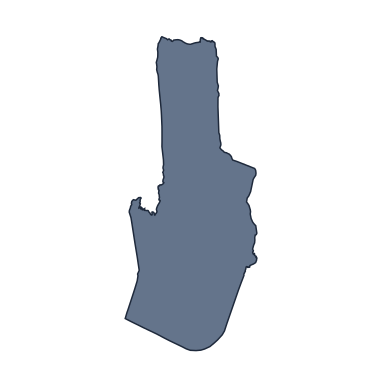 the district of Kota Padangsidimpuan, Sumatera Utara, Indonesia, rotated 201°
{"feature_id": "22746128B81378642761445", "entity_name": "Kota Padangsidimpuan", "entity_type": "district", "adm_level": 2, "iso_a3": "IDN", "parent_name": "Indonesia", "parent_adm1": "Sumatera Utara", "projection": "equal_earth", "projection_center": [99.293, 1.387], "detail": "fine", "context": "isolated", "style": "filled", "palette": "slate", "viewbox_px": 384, "rotation_deg": 201, "n_neighbors": 0, "source": "geoboundaries", "source_scale": "gbopen_adm2", "svg_char_len": 5928}
<svg xmlns="http://www.w3.org/2000/svg" viewBox="0 0 384 384"><g transform="rotate(201 192 192)"><path d="M145.6,44.0L141.2,43.5L136.9,43.6L131.4,45.4L127.1,47.5L123.9,50.0L119.9,54.1L117.1,59.1L115.1,63.1L112.6,69.5L111.9,73.9L112.3,81.6L113.5,117.2L113.6,124.6L113.6,127.6L113.6,132.7L114.2,133.9L114.1,134.5L114.1,135.0L113.9,135.5L114.1,135.8L113.8,137.1L114.1,137.7L114.2,138.0L114.2,139.2L114.6,141.4L114.3,141.9L113.9,141.9L113.6,142.0L113.3,141.7L113.0,142.2L112.7,142.2L112.5,141.9L112.0,142.0L111.3,142.5L111.3,143.1L111.5,143.3L111.6,143.7L111.5,144.2L110.9,144.8L109.6,146.1L109.3,146.3L108.6,147.1L107.3,148.9L107.3,151.5L107.6,152.4L107.6,152.9L107.7,153.4L108.0,153.8L108.3,153.6L108.7,153.7L109.0,154.2L109.0,154.9L110.1,155.0L110.7,155.5L111.0,155.4L111.3,155.7L111.3,156.4L111.6,156.8L112.2,156.0L112.5,156.0L112.9,156.7L113.4,156.8L113.6,157.1L113.5,157.4L113.6,157.7L113.8,157.8L113.8,158.2L113.6,158.6L113.6,159.1L113.8,159.3L114.2,159.6L114.5,160.0L114.9,160.3L115.1,161.4L115.4,164.6L115.3,166.9L116.1,169.7L117.1,171.9L117.5,174.2L117.4,174.2L117.4,174.3L116.7,175.4L116.7,176.1L116.7,176.8L118.0,179.1L120.4,183.4L121.3,183.8L122.7,184.5L124.5,185.6L127.3,188.4L129.8,192.4L129.8,192.6L130.3,194.6L131.4,196.6L131.8,197.0L134.0,199.9L134.3,200.1L135.8,201.2L137.5,202.2L138.3,206.1L137.6,208.7L137.4,213.3L139.4,225.6L139.4,225.8L139.1,227.8L138.5,230.5L139.0,232.5L140.2,234.8L140.5,235.1L140.6,235.3L141.0,235.7L142.0,236.4L160.9,236.6L165.3,236.4L166.7,237.5L167.8,239.0L169.1,239.9L170.8,240.7L172.7,240.8L173.8,241.0L174.4,240.9L175.5,240.7L176.1,240.7L177.8,241.5L178.4,241.7L179.5,241.9L180.1,242.2L181.8,243.2L181.9,246.3L182.7,248.1L183.3,248.9L184.3,250.4L185.1,251.7L186.3,254.6L186.7,255.2L187.3,255.9L188.2,257.0L198.3,280.8L201.2,288.5L201.4,288.8L201.4,288.7L201.5,289.1L201.5,289.5L201.6,290.0L201.4,291.8L201.7,292.4L202.0,293.0L202.1,293.4L202.2,293.6L204.6,295.8L204.9,298.3L205.4,300.5L207.8,303.5L212.9,315.6L213.0,315.9L215.0,323.1L215.2,325.6L215.3,325.8L215.4,326.0L215.7,326.2L216.0,326.7L216.3,326.9L217.8,327.5L220.5,333.7L220.9,334.2L221.7,335.1L222.1,335.4L222.8,336.4L223.2,337.4L223.5,338.3L224.1,339.4L224.6,339.7L225.6,340.0L225.9,339.8L226.2,339.8L226.3,340.1L226.8,340.3L227.1,340.5L227.3,340.3L227.8,340.2L227.9,339.8L227.8,339.3L227.9,339.0L228.3,338.8L228.6,338.7L228.8,339.0L229.1,339.0L229.2,339.3L229.9,339.2L230.3,339.0L231.1,338.8L231.1,338.5L231.4,338.4L231.7,338.4L232.0,338.4L232.1,338.5L234.4,338.9L234.6,338.9L236.1,338.9L236.1,339.2L236.5,339.2L236.5,339.4L236.8,339.4L237.3,339.4L237.4,339.6L237.7,339.5L237.9,339.4L237.9,339.6L238.4,339.5L239.1,339.0L239.0,338.6L239.0,338.4L239.0,338.2L238.8,337.1L238.6,336.5L238.4,335.5L238.2,335.4L238.1,335.0L238.8,334.9L239.0,334.7L239.1,334.3L239.4,334.1L240.4,333.6L240.8,333.4L241.7,332.9L242.2,332.6L242.7,332.2L243.2,331.9L243.8,331.4L244.1,331.1L244.8,330.6L245.3,330.2L245.7,329.8L246.1,329.5L247.1,329.1L248.4,328.8L249.5,328.6L249.9,328.6L250.8,328.6L251.4,328.6L253.7,329.0L254.1,329.0L255.7,329.5L256.0,329.5L257.9,329.5L258.5,329.4L259.1,329.3L259.6,329.2L260.8,328.7L261.8,328.2L262.1,328.0L263.5,327.3L263.8,326.4L264.4,325.5L265.3,325.5L265.4,325.9L265.7,326.1L266.0,326.3L266.3,326.2L267.8,326.4L268.3,326.7L269.4,325.4L270.8,326.0L271.8,326.0L275.4,326.1L275.6,326.2L275.9,326.0L276.0,325.3L276.2,324.9L276.0,324.4L276.2,324.1L276.0,323.6L276.0,322.9L276.1,322.3L276.3,319.9L276.4,319.3L276.7,318.5L276.0,315.8L275.7,314.0L275.5,313.0L274.0,310.3L273.0,307.6L272.3,305.5L271.9,301.8L271.8,300.3L271.5,299.6L271.2,299.3L269.6,296.3L268.8,293.5L267.2,291.2L265.8,289.5L264.9,287.9L261.5,280.4L259.5,276.2L257.0,271.2L252.7,262.7L249.6,256.3L247.9,252.5L244.3,244.2L243.6,242.6L242.1,238.8L238.1,228.4L236.3,223.5L230.2,211.8L228.3,207.3L228.0,205.1L227.7,204.0L226.5,202.5L226.2,201.8L226.3,199.8L225.6,199.2L225.1,198.3L224.6,197.3L224.0,196.8L223.9,196.7L223.4,195.3L223.4,192.9L222.8,191.0L221.9,190.7L221.7,190.7L221.6,190.4L221.9,189.3L222.2,188.9L222.6,188.3L222.9,187.8L223.3,187.7L223.5,187.5L224.0,187.4L224.5,187.1L224.6,186.9L224.5,186.4L225.1,185.6L225.4,185.7L225.6,185.3L225.5,185.0L225.5,184.6L225.2,184.1L225.2,183.6L224.8,183.4L224.4,182.3L223.9,181.9L223.4,181.8L223.0,179.7L222.8,178.9L222.5,178.6L221.9,178.0L221.6,177.6L221.4,177.4L221.2,176.5L220.6,175.7L220.4,175.2L220.3,174.1L220.2,173.2L220.0,172.8L219.7,172.7L219.4,172.9L219.2,172.8L218.5,172.4L218.7,169.7L219.0,168.3L219.2,166.5L219.2,164.2L219.0,163.0L217.6,161.0L217.8,159.4L218.0,159.2L218.3,157.6L218.4,157.1L218.9,157.3L219.1,157.8L219.9,158.8L220.4,159.2L220.9,159.3L221.6,159.3L221.8,159.1L222.1,159.0L222.1,158.6L221.2,156.9L221.1,156.5L221.2,156.2L221.5,156.0L221.9,156.0L222.8,156.4L224.0,157.5L224.3,157.5L225.6,158.2L225.8,158.6L226.3,158.9L226.9,158.8L227.2,158.7L227.6,158.4L228.7,158.2L229.3,158.3L229.3,158.0L229.8,157.8L230.2,157.9L230.3,158.1L230.2,159.1L230.3,159.6L231.0,158.9L231.7,158.0L231.8,157.7L232.0,157.6L232.4,157.9L232.7,158.3L232.7,158.9L232.9,159.1L233.2,158.9L233.3,158.3L233.6,157.9L233.9,157.9L234.1,158.4L233.8,159.1L233.7,159.5L234.5,159.7L235.1,159.6L235.3,159.1L235.4,158.5L235.6,158.1L235.8,157.9L236.0,158.3L235.9,159.5L235.9,160.7L236.0,162.5L236.8,162.8L237.0,163.0L237.1,163.4L237.0,163.7L236.8,164.0L236.9,164.3L237.2,165.0L237.3,165.4L237.6,165.6L237.6,165.9L237.5,166.1L237.5,166.6L237.6,166.9L237.6,167.2L237.7,167.4L237.7,167.8L237.8,168.0L237.5,168.1L237.7,168.4L238.2,168.4L239.8,167.6L241.5,164.2L244.0,163.8L244.7,162.1L244.8,161.3L244.5,159.7L244.3,159.4L243.9,158.9L243.8,158.3L244.0,157.6L244.1,157.0L244.1,156.2L243.9,155.3L243.8,154.1L243.9,153.6L243.8,152.2L243.4,150.7L239.8,146.2L237.4,142.1L231.1,131.1L226.4,122.9L219.9,111.8L213.2,99.9L213.4,95.9L212.4,94.4L211.3,89.3L210.7,81.0L210.3,73.4L209.6,59.6L209.5,56.0L209.0,49.9L202.4,49.2L188.3,47.9L174.1,46.8L165.1,45.7L159.3,45.1L145.6,44.0Z" fill="#64748b" stroke="#1e293b" stroke-width="1.5"/></g></svg>